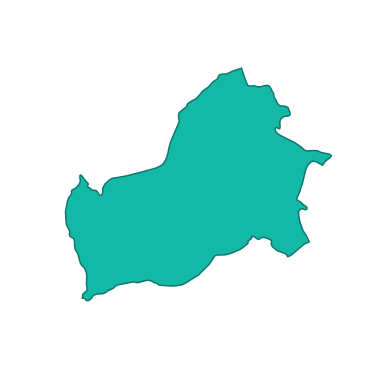 SVG path tracing the border of Cojedes, rotated 67°
{"feature_id": "VEN-32", "entity_name": "Cojedes", "entity_type": "State", "adm_level": 1, "iso_a3": "VEN", "parent_name": "Venezuela", "parent_adm1": "", "projection": "robinson", "projection_center": [-68.34, 9.331], "detail": "fine", "context": "isolated", "style": "filled", "palette": "teal", "viewbox_px": 384, "rotation_deg": 67, "n_neighbors": 0, "source": "natural_earth", "source_scale": "10m", "svg_char_len": 4213}
<svg xmlns="http://www.w3.org/2000/svg" viewBox="0 0 384 384"><g transform="rotate(67 192 192)"><path d="M283.8,103.5L283.7,108.6L284.3,110.8L284.6,111.6L288.6,124.4L289.1,127.4L288.9,129.2L288.0,129.4L286.4,129.5L285.7,129.8L285.1,130.3L279.5,136.3L278.1,137.2L274.4,139.1L273.6,139.4L272.6,139.5L271.6,139.5L270.7,139.3L270.0,138.9L269.3,138.4L268.6,138.0L267.8,137.9L267.2,138.2L266.5,138.6L263.9,141.0L262.2,143.2L261.5,144.6L261.1,145.8L261.7,148.8L261.4,149.6L260.9,150.1L258.5,151.5L257.6,152.2L256.4,153.5L256.3,154.3L256.7,154.8L257.4,154.9L258.1,155.4L258.8,158.2L259.1,159.2L259.6,159.7L260.3,160.1L260.9,160.5L261.4,161.1L261.6,161.9L261.7,162.4L263.2,167.7L263.6,169.7L263.7,170.8L263.7,178.3L263.3,183.5L262.5,187.0L260.1,192.7L259.8,194.3L259.7,195.7L260.1,196.5L265.2,204.2L270.9,218.4L273.6,235.8L273.4,238.1L271.8,244.3L270.3,248.2L265.9,256.8L264.9,258.3L264.4,258.9L262.3,260.2L261.7,260.8L260.2,262.7L258.6,263.7L257.7,264.6L256.4,266.2L255.9,267.5L255.4,269.3L254.3,277.4L251.8,281.1L248.7,295.7L248.5,298.1L248.8,299.4L249.2,300.2L249.6,301.3L249.9,302.9L250.1,307.9L250.8,311.3L250.9,312.6L250.8,313.6L248.9,319.2L248.7,320.9L248.6,322.4L248.8,323.3L249.2,324.2L250.5,326.0L250.8,326.6L251.1,327.6L251.4,329.2L251.3,330.3L251.0,331.2L250.6,331.6L250.2,331.8L248.6,332.1L248.0,332.4L246.9,334.4L245.0,333.3L243.7,332.7L243.3,331.9L242.7,330.7L242.4,329.4L241.8,327.5L240.7,326.8L239.3,326.0L237.0,325.6L236.1,325.4L227.7,321.5L224.7,320.8L221.6,320.6L220.6,320.7L218.8,321.1L218.0,321.4L216.5,322.1L215.2,322.4L213.3,322.5L204.7,321.3L202.7,321.4L199.5,322.0L195.8,321.1L191.9,319.6L190.0,319.2L188.6,319.2L187.9,319.6L186.6,320.8L185.7,321.3L184.3,321.7L183.1,321.4L181.7,320.6L180.6,320.1L179.5,319.9L174.0,320.3L171.8,320.1L160.6,316.1L151.5,310.0L148.9,307.7L147.9,305.5L146.7,303.8L145.5,303.1L144.1,302.6L143.5,301.9L143.2,301.0L143.2,299.9L143.1,298.4L142.6,296.5L141.1,293.6L140.2,292.2L139.3,291.2L137.9,290.4L137.1,290.1L134.7,289.5L133.1,288.7L132.9,288.1L133.2,287.5L134.8,286.9L141.0,285.4L142.5,284.6L143.2,284.4L144.0,284.3L144.6,284.7L145.1,285.3L145.8,285.7L146.5,285.9L147.1,285.6L148.4,284.6L149.1,284.1L150.7,283.5L151.3,283.0L151.8,282.3L152.5,280.7L153.0,279.9L153.6,279.5L154.9,279.1L158.0,278.5L158.7,278.0L159.3,277.3L159.3,276.4L159.0,275.6L158.5,275.1L157.8,274.5L156.3,273.8L154.6,273.2L153.6,272.6L150.8,269.3L148.6,263.2L148.3,260.7L148.5,259.0L149.2,256.2L151.7,245.5L155.5,219.2L155.9,215.1L155.7,210.8L154.8,207.5L152.1,203.7L149.9,201.5L146.8,198.9L143.4,196.7L138.1,192.6L133.0,187.5L129.6,184.0L127.8,182.0L125.4,179.4L121.8,176.1L118.0,175.1L115.4,174.1L113.8,172.6L111.3,163.7L109.6,162.3L108.6,160.2L108.1,157.0L107.7,151.9L106.5,148.9L103.1,142.2L101.7,135.6L98.8,129.7L98.1,125.6L97.7,124.3L95.6,122.2L94.9,121.1L95.0,119.3L96.9,113.8L96.8,111.4L96.7,109.5L96.7,107.5L97.3,98.1L111.8,99.2L115.9,98.8L116.5,98.3L117.0,97.6L117.3,97.0L117.6,95.7L118.8,92.9L121.2,89.8L121.8,88.4L122.1,86.6L122.3,84.8L123.0,81.8L123.7,80.4L124.5,79.6L126.2,79.1L133.1,78.5L134.0,78.5L136.6,79.5L139.6,78.8L140.6,78.7L141.4,78.9L142.5,78.9L143.8,78.7L145.6,78.2L146.8,77.4L147.6,76.6L148.5,74.5L149.2,73.2L150.7,71.4L151.8,70.8L152.9,70.6L158.0,70.9L158.8,71.3L159.3,71.7L159.6,72.2L159.7,72.6L159.7,73.0L159.6,73.7L158.8,76.3L158.6,77.3L158.6,78.4L158.7,79.4L159.0,80.3L159.3,81.1L159.7,81.9L160.2,82.6L160.8,83.1L161.5,83.6L163.1,84.3L166.5,85.5L167.2,85.8L167.8,86.3L167.9,86.9L167.5,87.4L166.9,88.0L166.2,88.4L165.7,89.0L165.5,89.7L165.8,90.4L167.5,91.1L168.7,91.2L169.8,91.1L171.6,90.4L174.2,88.8L186.9,78.0L192.5,74.4L197.5,72.0L199.1,70.3L200.8,65.2L203.1,60.2L206.0,57.8L210.1,51.8L211.4,50.4L212.7,49.6L213.4,50.0L213.9,50.6L214.3,51.5L215.5,56.2L216.2,57.8L218.4,61.4L212.4,66.1L210.9,68.8L210.9,70.0L211.1,71.3L211.6,72.7L212.7,74.9L214.7,77.4L216.7,79.2L228.0,87.6L228.7,88.2L230.1,89.8L231.5,91.0L233.0,91.9L235.4,94.2L237.9,97.1L239.3,98.2L240.4,98.4L243.6,95.9L246.8,94.7L250.2,92.6L250.7,92.4L251.4,92.3L252.3,92.7L252.7,93.4L252.7,94.2L252.4,95.0L250.5,96.9L250.3,97.7L250.2,98.7L251.0,100.7L251.7,101.4L252.5,102.0L254.2,102.6L260.7,104.2L269.5,104.9L271.5,104.8L277.0,103.8L283.8,103.5Z" fill="#14b8a6" stroke="#0f766e" stroke-width="1.5"/></g></svg>